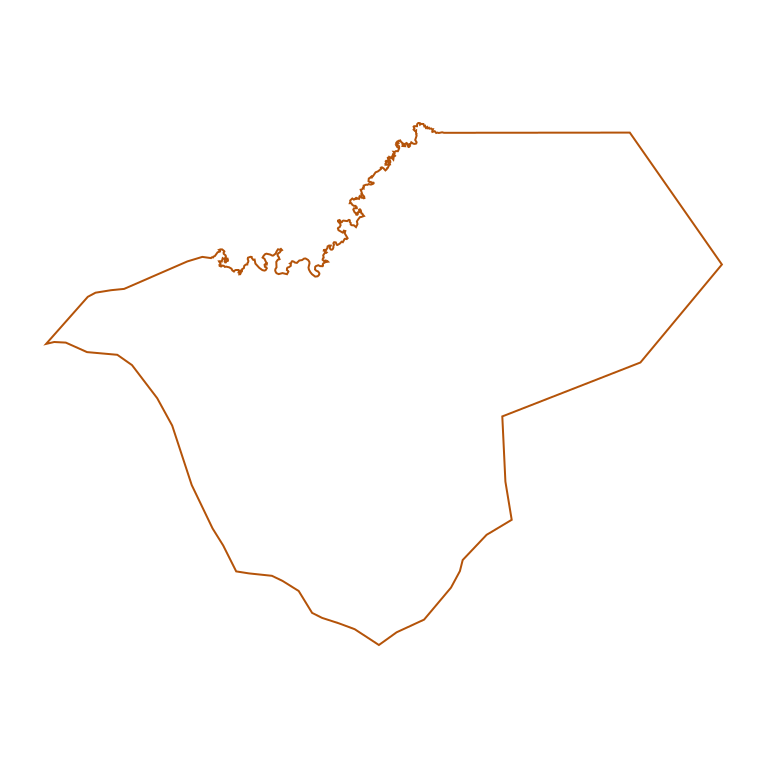 Abadam, Borno, Nigeria
{"feature_id": "59680162B89355923746110", "entity_name": "Abadam", "entity_type": "district", "adm_level": 2, "iso_a3": "NGA", "parent_name": "Nigeria", "parent_adm1": "Borno", "projection": "mercator", "projection_center": [13.226, 13.367], "detail": "fine", "context": "isolated", "style": "outline", "palette": "amber", "viewbox_px": 768, "rotation_deg": 0, "n_neighbors": 0, "source": "geoboundaries", "source_scale": "gbopen_adm2", "svg_char_len": 6121}
<svg xmlns="http://www.w3.org/2000/svg" viewBox="0 0 768 768"><path d="M236.2,571.4L249.0,573.4L271.9,575.8L282.5,580.9L298.7,591.0L312.1,612.9L322.1,617.9L338.8,623.3L354.7,629.2L378.9,645.0L396.6,632.3L424.1,619.6L451.0,587.6L459.9,571.1L462.7,560.0L486.6,534.8L511.7,519.8L505.4,481.6L502.3,416.4L640.4,362.5L721.9,264.5L629.8,132.6L444.0,132.8L442.1,132.3L438.8,133.0L437.4,132.6L436.2,133.0L434.7,131.2L432.4,131.9L432.2,131.2L432.9,129.3L432.2,129.4L431.3,128.5L429.7,128.7L429.0,127.8L428.4,128.3L427.4,128.3L427.2,127.1L425.9,127.9L425.1,125.8L424.3,126.3L423.4,124.0L421.1,123.9L420.1,124.6L419.8,123.1L418.3,123.0L417.2,124.1L417.0,126.2L414.1,126.2L413.6,126.7L414.4,128.4L413.6,129.6L414.9,130.9L416.1,130.4L416.0,133.0L416.6,133.9L416.2,134.6L416.6,135.7L415.2,140.0L416.6,142.2L416.2,143.5L414.8,143.9L413.3,143.7L411.3,142.3L410.8,143.5L409.9,144.5L409.4,144.1L408.9,144.4L410.0,145.9L409.1,146.9L408.5,147.0L407.0,144.3L407.2,143.6L406.6,143.0L404.2,144.3L404.0,144.9L404.9,145.1L405.1,146.2L402.5,146.0L402.9,144.7L402.4,144.0L402.9,143.4L401.0,141.8L400.3,140.6L399.7,141.1L399.1,140.6L397.4,141.5L398.0,142.5L397.2,142.3L397.0,142.9L396.3,142.8L396.1,143.2L396.3,143.6L397.1,143.1L397.8,143.6L397.3,144.4L397.7,145.0L396.2,145.2L397.3,147.1L398.0,147.5L399.1,146.8L399.2,148.3L397.9,151.2L396.0,151.1L394.7,151.9L393.6,151.8L394.6,153.3L394.0,154.3L393.0,154.2L392.7,155.5L393.4,155.9L393.4,155.1L394.1,154.6L395.1,155.8L394.0,156.7L392.8,156.5L393.5,158.3L393.3,159.6L392.4,158.6L392.2,157.0L391.2,157.1L390.7,158.0L389.3,157.0L389.1,157.9L388.6,157.3L387.8,157.8L388.2,159.5L390.0,160.4L390.4,162.0L389.6,163.4L390.0,164.5L389.4,164.7L388.7,163.6L388.9,162.7L388.0,161.4L386.2,160.8L385.7,161.3L386.4,162.5L385.4,163.7L385.5,164.6L385.9,164.4L386.8,164.8L388.2,164.2L388.9,165.4L387.8,167.9L386.9,168.3L386.7,169.3L385.4,170.4L383.5,168.3L382.1,167.4L381.3,167.4L380.8,167.9L381.3,168.5L381.0,169.0L377.9,171.4L375.6,172.3L372.9,176.2L371.9,176.1L371.4,176.5L372.1,176.9L371.9,177.5L370.2,177.7L368.8,178.5L368.5,181.2L369.5,182.0L370.8,181.9L371.5,182.6L373.5,182.7L373.7,183.1L373.4,183.6L372.7,184.0L371.7,183.9L371.6,184.4L370.9,184.6L368.5,184.1L367.6,184.8L366.1,184.7L363.7,185.6L363.9,186.5L363.4,187.0L363.6,187.4L363.1,187.6L363.5,188.5L363.0,188.5L361.7,189.5L360.7,189.7L361.9,193.1L361.3,193.9L361.4,194.3L361.8,194.7L362.4,194.4L363.3,195.8L364.1,196.4L364.4,198.1L363.6,198.3L362.5,197.7L361.7,197.7L361.1,196.4L360.4,196.5L359.9,196.0L359.4,196.5L359.5,197.8L359.0,198.9L357.8,198.4L357.1,198.8L356.5,197.9L356.0,197.9L355.7,198.3L356.0,198.9L355.5,199.1L354.6,198.9L353.9,199.6L352.3,198.5L350.2,200.5L350.3,201.8L349.8,203.2L351.3,203.2L352.3,204.8L353.8,205.8L355.6,205.9L355.9,206.9L356.7,207.2L356.8,208.2L353.9,208.4L353.3,209.6L354.7,212.5L356.5,213.2L356.5,213.7L356.0,213.9L356.3,214.7L357.2,214.8L357.7,214.4L358.0,212.3L359.2,212.1L359.1,209.7L359.9,209.3L360.8,210.3L361.4,213.4L362.4,213.7L362.6,214.4L364.0,216.0L361.2,217.0L360.0,217.1L358.1,219.5L356.9,221.4L357.5,224.1L356.0,227.1L353.9,225.3L351.7,225.2L350.7,224.5L350.7,222.9L349.8,222.0L349.8,220.4L349.5,220.0L348.8,219.9L347.2,221.1L343.3,220.6L342.3,221.2L341.9,222.1L341.0,222.4L340.5,222.0L340.0,220.4L339.4,220.0L338.0,220.6L338.0,221.4L340.2,223.8L340.6,225.2L339.6,227.2L338.3,227.7L337.9,228.4L338.5,230.2L342.7,232.6L343.2,232.3L343.8,230.7L345.3,231.0L344.7,233.3L347.6,238.2L346.7,239.1L345.1,238.7L344.6,239.0L342.8,242.2L341.6,241.7L339.7,243.7L337.4,245.0L336.8,244.8L335.8,242.4L334.1,242.2L333.4,243.2L334.0,244.8L333.4,246.1L333.4,247.6L332.8,249.0L331.9,249.7L330.7,249.5L329.8,248.2L329.7,247.6L330.7,245.6L329.1,245.5L327.6,246.4L327.4,247.9L326.0,250.3L325.0,249.8L323.9,250.0L323.8,250.6L325.1,250.6L325.1,251.9L326.6,252.5L326.2,252.9L324.8,252.9L323.2,255.3L323.7,257.7L322.9,258.4L322.6,259.8L323.8,260.9L325.8,260.5L326.6,261.4L327.4,261.1L328.0,261.7L325.5,262.1L323.4,263.3L322.8,264.2L323.0,265.7L322.6,266.2L320.0,266.1L318.3,265.2L315.8,266.2L315.2,266.9L315.0,269.5L316.3,270.7L318.1,271.5L319.3,273.2L319.4,273.9L318.8,275.2L317.6,276.3L315.2,276.6L312.0,274.2L310.3,272.1L308.9,269.5L308.5,267.5L309.5,263.4L309.3,261.7L308.1,260.0L305.6,258.5L304.1,258.6L302.0,260.1L299.3,260.5L296.9,262.9L294.8,262.5L293.7,261.6L292.3,261.2L291.8,261.4L291.1,263.0L290.1,263.5L290.8,264.0L290.8,265.8L289.1,267.1L287.5,267.6L287.0,268.4L286.9,270.1L288.1,271.0L288.4,271.6L287.0,274.2L282.5,273.1L278.7,274.1L276.5,273.2L275.5,271.6L275.2,270.3L275.4,269.1L276.5,267.4L276.3,261.9L277.8,259.7L279.5,259.2L278.8,257.2L277.8,255.9L277.5,254.5L278.4,253.2L279.9,252.3L280.7,250.9L282.0,250.1L280.9,248.9L279.8,249.7L278.0,249.3L276.6,251.4L275.7,253.5L273.3,255.5L272.3,255.6L270.1,254.5L266.5,253.7L265.2,254.1L263.6,255.8L262.6,257.6L264.5,258.8L266.0,262.1L267.0,263.1L266.7,264.6L266.4,264.6L266.6,263.9L266.0,263.5L264.6,264.7L264.9,266.8L266.4,267.4L266.8,268.3L265.6,270.2L264.4,270.6L262.4,270.1L259.3,267.9L255.4,263.6L254.6,259.6L253.3,259.9L251.8,258.0L251.7,257.0L250.5,256.8L248.0,257.7L247.7,259.0L248.4,261.0L248.0,262.5L247.4,263.2L247.3,264.5L245.8,264.6L244.3,265.8L243.8,268.2L242.1,269.2L241.9,271.4L241.1,271.7L241.6,271.0L240.9,270.5L239.9,271.5L240.8,272.9L240.2,274.2L239.3,274.3L239.5,273.0L238.5,272.5L239.2,270.8L238.6,270.0L235.8,270.0L234.4,270.7L233.9,271.5L232.3,270.4L231.5,268.7L229.1,267.3L226.1,266.6L224.9,266.9L223.8,265.8L222.5,265.6L221.1,266.5L219.6,265.9L219.5,265.1L220.6,265.1L220.6,264.0L219.0,261.3L220.1,261.2L221.7,261.6L222.7,258.2L223.6,258.8L225.1,259.0L224.6,261.4L225.2,262.4L225.8,262.4L226.5,261.3L227.9,260.8L228.0,260.1L227.6,258.8L226.8,259.1L226.5,258.2L225.3,257.6L225.9,256.4L225.6,255.4L223.7,253.8L223.6,252.6L224.4,251.6L224.2,251.1L222.1,249.4L220.3,249.4L219.0,249.9L220.1,251.0L220.0,251.5L217.6,252.3L214.9,256.0L213.3,256.7L213.1,257.4L211.6,257.4L211.0,258.1L202.3,256.9L187.4,261.4L124.1,288.9L111.0,290.2L95.5,292.7L87.8,296.8L46.1,343.9L54.2,342.0L65.8,342.6L87.0,352.1L117.3,354.8L132.0,365.1L157.2,398.2L172.2,425.6L191.7,485.0L212.6,528.5L223.2,545.5L236.2,571.4Z" fill="none" stroke="#b45309" stroke-width="2"/></svg>